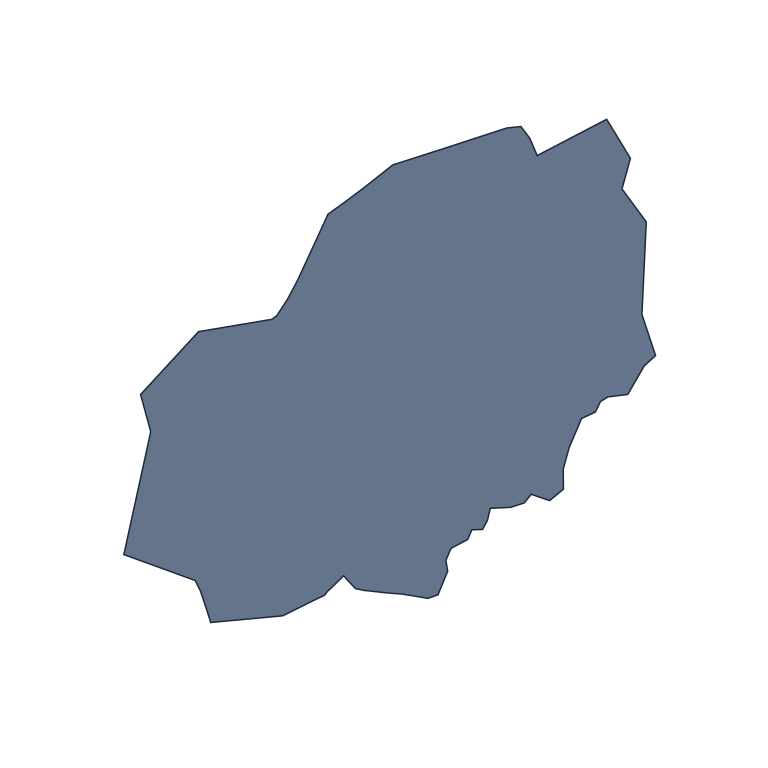 Asari-Toru, Rivers, Nigeria, rotated 256°
{"feature_id": "59680162B173222965225", "entity_name": "Asari-Toru", "entity_type": "district", "adm_level": 2, "iso_a3": "NGA", "parent_name": "Nigeria", "parent_adm1": "Rivers", "projection": "albers", "projection_center": [6.83, 4.747], "detail": "fine", "context": "isolated", "style": "filled", "palette": "slate", "viewbox_px": 768, "rotation_deg": 256, "n_neighbors": 0, "source": "geoboundaries", "source_scale": "gbopen_adm2", "svg_char_len": 1010}
<svg xmlns="http://www.w3.org/2000/svg" viewBox="0 0 768 768"><g transform="rotate(256 384 384)"><path d="M562.3,370.7L556.2,365.9L506.1,325.7L489.9,311.2L476.4,296.7L473.9,291.0L479.7,216.7L455.3,179.7L432.7,145.3L394.1,146.1L281.4,90.3L239.0,153.3L227.6,155.8L207.1,157.4L194.5,158.2L183.6,229.7L191.9,267.5L193.4,275.1L196.9,279.7L198.1,282.1L198.2,282.4L207.7,298.4L192.4,306.7L188.3,315.2L186.5,320.4L181.0,335.1L177.3,346.0L176.2,349.8L165.3,375.0L165.4,375.3L166.4,385.4L171.0,388.8L186.9,400.5L197.9,401.4L208.3,409.3L212.9,427.6L221.3,434.0L219.0,444.4L226.7,451.4L237.7,457.1L233.7,476.9L234.7,491.4L241.4,500.2L235.0,509.9L230.8,516.6L238.6,532.7L258.0,537.3L277.5,548.3L302.7,567.3L305.7,582.4L314.6,589.8L317.3,598.1L314.9,618.0L338.6,640.9L345.9,654.4L389.1,651.1L477.8,677.7L515.7,662.1L543.3,677.7L564.4,671.2L587.0,664.1L568.6,587.9L587.2,584.9L600.7,579.1L602.7,564.9L597.6,493.1L594.5,445.6L579.3,412.0L570.6,391.4L562.3,370.7Z" fill="#64748b" stroke="#1e293b" stroke-width="1.5"/></g></svg>